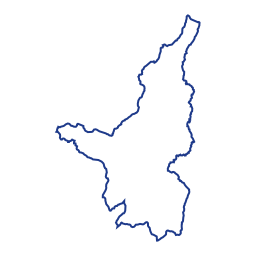 the district of Natividade, Tocantins, Brazil
{"feature_id": "56859067B45989324598243", "entity_name": "Natividade", "entity_type": "district", "adm_level": 2, "iso_a3": "BRA", "parent_name": "Brazil", "parent_adm1": "Tocantins", "projection": "robinson", "projection_center": [-47.662, -11.727], "detail": "fine", "context": "isolated", "style": "outline", "palette": "blue", "viewbox_px": 256, "rotation_deg": 0, "n_neighbors": 0, "source": "geoboundaries", "source_scale": "gbopen_adm2", "svg_char_len": 5904}
<svg xmlns="http://www.w3.org/2000/svg" viewBox="0 0 256 256"><path d="M197.9,22.2L190.9,19.2L190.1,18.1L189.3,16.3L187.9,15.4L187.3,15.8L186.7,16.5L186.6,18.8L185.9,21.2L186.0,22.0L185.1,23.4L185.0,24.9L184.3,26.9L183.6,27.3L182.7,28.2L182.4,28.9L182.2,32.9L181.8,33.8L180.6,35.0L179.2,37.7L177.6,38.8L177.2,39.9L176.6,40.6L175.7,40.5L171.9,44.6L168.5,45.2L167.2,46.1L166.2,45.6L165.2,44.7L164.3,44.5L162.9,45.1L163.3,45.6L163.3,46.4L162.8,46.8L162.6,47.5L161.2,47.7L160.7,48.2L160.7,51.4L159.5,54.8L159.1,57.4L158.1,59.3L157.3,59.9L156.6,61.2L155.1,62.4L154.4,62.7L153.8,61.4L153.2,61.8L150.8,61.8L146.2,65.8L144.6,66.8L144.1,67.5L143.4,69.2L142.6,69.5L141.9,70.8L142.2,72.6L141.9,73.4L142.1,74.1L141.3,74.6L139.4,74.7L139.0,75.5L138.9,76.3L138.4,76.7L139.0,78.3L139.2,80.1L140.4,81.3L140.5,82.1L140.2,83.8L140.7,84.3L142.0,84.7L143.5,85.5L144.3,86.6L144.6,88.4L144.3,90.1L144.5,90.7L143.6,91.9L143.1,93.5L142.5,94.3L141.9,96.7L141.4,97.4L140.2,97.7L139.8,98.1L138.4,100.5L137.8,103.7L137.9,105.8L138.9,107.3L137.9,111.1L136.5,112.8L135.8,112.9L134.5,113.8L133.2,114.0L131.8,114.7L130.5,116.2L128.7,117.3L127.4,118.6L125.0,119.7L124.8,120.4L123.5,120.7L122.1,121.7L121.0,123.8L121.2,124.4L119.3,125.4L118.0,126.6L117.9,127.5L117.4,128.0L116.2,128.6L114.6,128.8L114.1,129.7L113.7,131.5L113.2,132.4L113.1,133.5L112.4,134.1L112.6,134.9L112.2,135.4L111.6,135.8L109.4,135.4L107.7,134.1L106.9,134.1L105.9,133.4L99.4,131.3L96.8,129.7L95.6,129.3L94.0,129.6L92.6,131.6L91.7,131.9L87.9,132.1L85.4,130.8L84.6,129.6L84.5,128.9L83.4,127.7L83.4,126.0L78.3,123.9L77.6,123.9L77.1,124.4L77.0,125.4L76.0,126.7L75.2,126.8L73.7,126.6L72.4,125.9L71.2,125.8L69.4,123.9L67.8,123.5L65.7,124.4L64.3,125.6L63.3,126.1L60.9,126.7L60.1,127.2L58.3,126.8L58.2,127.8L57.6,128.0L57.1,129.6L57.2,130.5L56.4,131.8L58.1,132.1L60.0,134.4L60.2,136.0L59.9,137.7L60.5,138.8L61.1,139.5L62.0,139.5L62.6,138.7L63.2,138.5L64.0,138.6L64.8,139.1L65.3,140.0L68.4,141.2L68.2,142.0L69.0,142.0L69.4,141.2L70.8,140.9L72.1,139.6L72.7,139.8L73.3,140.4L74.6,140.7L74.0,142.5L74.0,143.4L75.5,143.5L75.7,144.4L75.5,145.4L77.1,146.3L76.6,148.3L76.9,149.4L78.3,150.1L78.9,150.8L79.1,151.9L80.0,152.5L80.8,152.4L83.4,153.4L83.7,154.0L84.4,154.6L86.6,155.9L87.1,156.8L87.8,157.3L89.2,157.5L90.6,158.2L91.4,158.3L92.9,159.4L98.4,160.0L101.6,161.6L103.3,163.3L103.8,164.3L104.3,166.7L104.8,167.4L105.0,168.1L106.2,168.9L106.7,171.8L106.8,172.8L106.4,173.3L105.8,176.6L106.2,177.6L106.9,178.3L107.8,178.4L108.4,180.2L108.2,181.1L106.3,184.3L106.1,186.7L106.3,187.7L106.1,188.9L105.4,190.6L102.9,195.0L102.8,196.1L102.8,197.3L104.2,197.4L105.2,198.4L105.4,199.5L105.4,200.7L106.3,204.2L108.4,206.7L109.5,210.1L110.1,210.7L110.7,210.7L112.5,208.5L114.2,208.4L114.7,206.7L115.4,206.3L116.2,205.9L117.0,206.0L118.3,204.6L119.3,204.5L119.9,204.0L122.3,203.3L124.2,201.0L124.1,203.1L125.5,205.7L125.2,210.8L124.5,212.5L123.9,213.3L122.8,213.5L121.7,214.7L119.4,216.5L118.4,218.1L118.0,219.0L116.5,221.2L116.4,222.1L116.0,222.7L116.9,224.3L117.6,224.8L117.7,225.8L117.4,227.0L120.2,224.7L121.1,222.9L121.7,222.6L122.8,223.5L125.4,224.2L127.0,224.0L128.3,224.5L129.6,224.5L130.4,225.0L131.3,226.6L132.6,227.1L134.0,226.8L134.7,226.2L135.8,224.7L137.8,224.6L140.0,223.9L143.0,224.4L143.8,224.1L145.7,222.5L146.5,222.2L147.2,222.3L147.8,222.9L148.0,223.7L148.0,225.8L148.6,226.8L149.6,227.8L150.3,231.0L151.5,233.8L151.9,234.3L153.4,234.7L156.7,236.5L157.0,240.6L157.7,240.6L160.2,239.0L161.2,238.1L162.8,237.3L165.4,235.1L166.0,234.4L166.2,231.7L166.9,230.8L167.9,230.5L170.2,231.4L171.1,231.2L172.9,231.6L173.4,232.2L174.8,232.8L175.9,235.0L177.5,234.7L178.9,235.0L179.5,234.8L180.7,233.5L180.8,231.8L180.5,231.1L180.9,230.3L181.8,229.8L181.9,228.7L181.7,227.1L181.7,224.6L182.0,223.9L181.8,223.1L181.9,222.3L182.5,222.0L183.0,221.0L183.3,217.4L183.7,215.5L183.1,212.4L184.1,210.7L184.2,208.7L183.8,207.2L184.1,205.8L184.6,205.2L184.8,203.6L185.4,202.7L186.7,198.6L187.4,197.7L187.9,195.5L189.2,192.7L189.3,191.1L189.0,190.4L189.1,189.5L186.1,186.5L184.8,184.8L183.9,183.0L182.2,182.4L181.1,181.0L180.4,181.1L179.8,180.8L179.7,179.8L178.3,178.9L178.9,177.1L177.7,175.0L175.1,173.1L174.6,172.4L173.2,171.9L172.6,172.0L171.8,172.6L170.2,171.9L168.7,170.8L167.9,170.7L167.8,168.6L168.5,166.7L169.1,166.1L169.0,165.3L169.3,164.0L170.4,163.1L170.5,162.4L171.2,162.5L173.0,162.1L173.9,162.3L174.2,161.1L173.6,160.1L174.1,159.7L175.0,159.8L175.8,159.4L176.2,158.7L176.3,157.9L176.2,156.0L176.8,155.4L177.5,155.5L178.3,156.1L179.2,155.1L179.9,155.3L180.4,154.7L181.1,155.3L182.1,155.5L183.5,154.6L184.8,155.6L185.7,155.4L185.6,154.4L187.4,153.8L187.6,153.1L188.8,152.8L188.6,152.0L190.4,150.5L190.1,148.7L191.3,146.2L190.9,145.4L191.8,144.1L191.6,142.7L192.4,142.0L193.0,142.4L193.6,142.3L194.2,141.8L192.8,138.5L191.5,136.9L191.5,136.0L191.7,135.2L191.5,134.3L191.0,133.0L189.6,131.1L189.5,129.5L188.9,129.3L188.4,126.8L188.0,126.1L187.3,126.1L187.4,125.1L187.2,124.1L187.8,122.3L188.5,121.7L189.5,122.3L189.9,121.6L189.4,120.7L189.3,119.4L190.2,119.6L190.2,118.6L190.6,116.6L190.2,115.1L191.1,113.9L190.8,113.3L191.6,111.7L192.1,111.3L192.3,108.5L191.4,106.3L190.8,106.3L191.1,105.5L191.0,104.7L188.8,102.6L189.2,101.6L190.5,100.7L190.7,99.9L190.6,99.2L192.0,97.8L191.4,95.8L191.7,94.6L192.6,94.7L194.1,91.6L193.8,91.0L193.8,89.9L192.9,89.5L192.8,87.6L192.0,87.2L191.6,86.2L189.8,85.1L189.4,84.4L187.9,84.3L187.2,83.6L186.8,84.1L186.1,84.2L185.8,83.4L186.4,82.0L186.3,81.2L185.6,80.7L184.0,80.5L183.0,79.2L183.3,78.6L183.6,75.6L184.0,75.1L184.2,71.8L183.3,70.8L182.9,69.9L182.1,66.8L182.2,65.8L183.0,64.4L182.7,62.1L183.7,61.6L184.4,60.1L185.0,59.7L184.3,57.2L184.7,56.3L184.9,54.3L186.7,53.1L186.0,51.6L186.5,50.8L186.8,49.3L189.3,45.0L190.8,44.6L191.0,43.8L193.2,41.0L194.5,38.6L194.8,36.9L195.8,35.9L197.8,31.7L198.0,30.7L197.6,29.7L197.8,28.9L198.3,28.5L199.4,25.3L199.4,23.6L199.6,22.9L199.3,22.3L198.7,22.0L197.9,22.2Z" fill="none" stroke="#1e3a8a" stroke-width="2"/></svg>